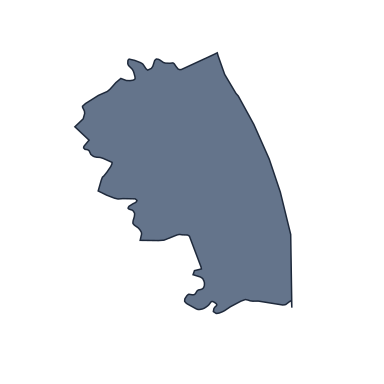 the Department of Escuintla, rotated 245°
{"feature_id": "GTM-1950", "entity_name": "Escuintla", "entity_type": "Department", "adm_level": 1, "iso_a3": "GTM", "parent_name": "Guatemala", "parent_adm1": "", "projection": "albers", "projection_center": [-91.003, 14.2], "detail": "fine", "context": "isolated", "style": "filled", "palette": "slate", "viewbox_px": 384, "rotation_deg": 245, "n_neighbors": 0, "source": "natural_earth", "source_scale": "10m", "svg_char_len": 2578}
<svg xmlns="http://www.w3.org/2000/svg" viewBox="0 0 384 384"><g transform="rotate(245 192 192)"><path d="M307.5,273.7L304.4,273.2L284.8,271.3L262.8,273.5L259.5,274.5L227.1,276.6L189.2,275.9L154.6,272.0L111.8,263.5L45.0,233.6L51.6,236.3L51.4,233.9L50.4,229.4L50.7,228.0L51.3,226.4L65.1,206.0L67.4,200.9L68.8,198.7L70.3,197.2L72.0,194.9L72.4,190.2L71.8,178.4L70.7,171.5L70.6,169.1L70.8,165.6L71.3,163.6L71.7,162.6L74.6,160.8L76.9,162.4L77.9,163.8L78.6,166.0L79.0,166.6L79.7,166.9L80.9,166.6L82.9,165.4L83.9,164.6L84.4,163.7L84.4,163.0L84.1,162.3L82.7,159.7L82.2,158.2L81.7,155.7L81.5,153.8L81.6,152.0L82.2,149.5L82.8,148.1L83.2,147.5L84.2,146.5L92.3,140.6L93.6,139.8L95.9,139.1L97.0,139.6L98.3,140.5L100.1,143.4L100.6,144.8L100.7,145.9L98.6,149.0L98.3,149.7L98.1,150.5L98.1,151.3L98.4,151.9L98.8,152.7L100.1,154.6L100.4,155.5L100.5,156.5L99.9,158.9L99.8,159.8L99.9,160.6L100.1,161.5L100.7,162.4L101.9,163.6L103.4,164.4L104.5,164.9L106.3,165.2L109.1,165.1L111.4,163.7L116.6,158.0L119.7,161.0L118.3,168.0L120.1,168.5L153.1,171.0L154.9,169.8L157.4,164.9L158.7,163.0L159.1,161.8L159.4,160.2L160.2,146.2L162.1,141.2L170.1,124.6L174.0,127.6L174.7,128.2L176.1,128.9L177.3,129.1L179.9,128.8L181.2,128.4L182.2,128.1L186.0,125.9L186.7,125.6L187.5,125.4L188.4,125.2L189.6,125.7L191.1,126.7L193.9,129.2L195.6,130.3L197.1,131.0L199.2,130.8L200.2,130.5L201.0,130.0L202.5,128.3L203.5,127.4L204.3,127.2L205.0,127.8L205.7,128.9L206.3,133.6L206.3,136.0L206.5,137.0L206.9,137.8L207.7,138.6L209.8,137.6L215.2,126.6L216.8,122.3L217.2,121.6L219.2,119.1L225.1,113.4L232.6,107.4L241.0,114.7L243.3,117.1L243.5,117.8L243.7,118.7L245.9,123.2L249.4,129.1L251.2,131.2L252.6,132.1L260.1,125.6L262.0,123.5L262.4,122.9L263.8,120.3L265.1,118.6L265.8,117.9L266.3,117.5L268.8,116.2L272.9,116.2L274.5,115.2L275.9,113.0L277.8,112.4L278.9,113.2L279.3,113.8L282.5,120.6L300.6,113.4L304.3,124.3L308.5,127.9L310.8,128.7L314.5,128.6L315.3,128.7L316.0,129.0L317.2,132.9L319.1,148.0L318.9,157.7L319.8,161.1L323.3,169.2L325.0,175.5L320.8,179.6L319.1,182.9L318.2,186.0L318.3,187.4L318.7,188.3L319.4,188.6L320.5,189.0L324.4,189.7L326.2,189.9L328.0,189.8L328.9,189.6L333.3,188.0L334.4,187.9L335.6,188.1L338.1,189.4L338.8,190.3L339.0,191.2L335.5,195.7L330.9,200.1L329.1,201.3L328.3,201.6L323.1,202.4L321.2,203.3L321.2,207.4L322.3,209.3L322.8,209.9L326.9,213.7L327.4,214.9L327.6,215.9L327.2,216.5L326.4,217.7L325.3,218.6L321.5,220.8L320.1,222.3L318.0,226.4L317.1,229.2L316.5,229.7L315.6,230.1L312.4,230.6L309.2,231.4L308.0,232.7L307.5,234.1L307.4,270.5L307.5,273.7Z" fill="#64748b" stroke="#1e293b" stroke-width="1.5"/></g></svg>